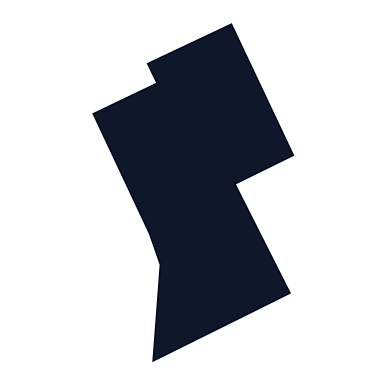 Kerr, Texas, United States of America, rotated 64°
{"feature_id": "52423323B33444382210707", "entity_name": "Kerr", "entity_type": "district", "adm_level": 2, "iso_a3": "USA", "parent_name": "United States of America", "parent_adm1": "Texas", "projection": "equal_earth", "projection_center": [-99.429, 30.036], "detail": "fine", "context": "isolated", "style": "filled", "palette": "ink", "viewbox_px": 384, "rotation_deg": 64, "n_neighbors": 0, "source": "geoboundaries", "source_scale": "gbopen_adm2", "svg_char_len": 306}
<svg xmlns="http://www.w3.org/2000/svg" viewBox="0 0 384 384"><g transform="rotate(64 192 192)"><path d="M58.4,83.0L57.2,175.6L78.9,175.7L78.4,246.5L106.8,246.9L210.9,248.4L243.5,252.3L326.8,301.0L325.8,148.2L203.6,149.9L203.4,84.8L58.4,83.0Z" fill="#0f172a" stroke="#020617" stroke-width="1.5"/></g></svg>